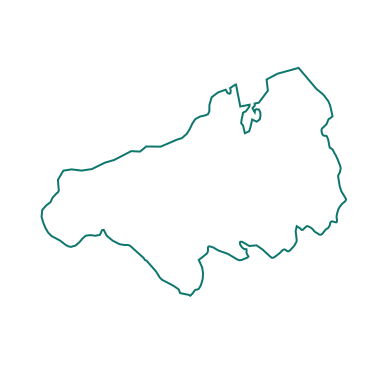 outline of Guantánamo, rotated 169°
{"feature_id": "CUB-1365", "entity_name": "Guantánamo", "entity_type": "Province", "adm_level": 1, "iso_a3": "CUB", "parent_name": "Cuba", "parent_adm1": "", "projection": "equal_earth", "projection_center": [-75.006, 20.219], "detail": "fine", "context": "isolated", "style": "outline", "palette": "teal", "viewbox_px": 384, "rotation_deg": 169, "n_neighbors": 0, "source": "natural_earth", "source_scale": "10m", "svg_char_len": 3117}
<svg xmlns="http://www.w3.org/2000/svg" viewBox="0 0 384 384"><g transform="rotate(169 192 192)"><path d="M128.3,289.1L128.3,266.7L118.8,266.7L119.3,265.2L120.5,263.8L123.8,260.9L126.7,260.2L129.4,253.8L130.6,250.3L129.2,247.4L128.9,239.6L124.3,240.7L122.1,244.8L120.7,248.0L119.1,251.7L117.3,250.3L115.0,248.7L111.6,250.4L110.2,253.9L109.8,256.9L110.5,260.1L111.7,260.5L113.2,261.0L114.1,260.7L114.7,259.6L115.2,258.3L115.7,259.7L116.6,262.8L113.9,264.8L113.6,266.9L109.4,266.9L98.2,277.0L97.3,288.2L85.6,291.8L63.7,293.5L50.1,269.3L45.3,263.6L43.9,261.4L40.9,255.2L39.9,250.7L39.6,239.5L42.7,237.8L43.4,237.8L44.3,237.1L47.0,232.9L52.3,229.5L52.9,228.5L53.3,226.8L53.1,224.1L52.6,222.8L51.2,221.8L50.2,221.7L49.5,221.5L49.0,220.8L48.3,217.4L48.4,209.4L46.3,207.4L45.9,206.8L45.7,206.4L44.6,202.4L44.0,201.1L42.9,196.7L41.6,189.5L41.5,187.6L41.7,186.3L42.8,183.8L43.3,182.7L44.0,182.0L44.7,181.3L45.2,180.6L45.6,179.0L45.9,169.2L45.3,164.3L43.0,158.1L42.1,155.6L42.5,154.7L43.6,153.5L46.4,152.1L48.9,150.1L51.5,147.4L53.8,143.0L54.7,140.6L55.0,138.6L55.0,137.2L55.2,136.1L55.5,135.1L56.1,134.7L57.3,135.0L58.1,135.5L60.2,136.5L61.3,136.2L62.2,135.3L63.3,132.7L65.4,130.6L67.9,129.7L72.3,125.9L74.0,125.5L75.4,126.0L76.4,127.2L78.5,129.0L79.7,130.5L80.5,132.2L80.8,132.7L82.3,134.4L84.3,136.0L85.3,136.5L86.3,136.4L90.4,133.8L91.2,133.7L92.1,134.4L92.4,135.3L95.7,138.4L97.7,133.9L98.4,124.8L99.0,123.1L102.0,119.6L107.1,115.9L108.6,115.4L109.7,115.7L111.6,117.7L112.7,118.0L114.1,117.7L118.2,114.9L123.4,112.4L124.8,112.0L126.1,112.1L127.5,113.6L133.8,122.2L138.8,127.3L146.1,128.1L152.2,133.5L153.6,133.9L154.5,133.6L154.7,132.5L154.7,131.6L154.6,130.8L154.3,129.9L153.7,128.6L152.9,127.3L151.6,125.9L149.8,125.6L149.5,125.5L149.5,125.0L149.6,124.1L150.1,122.0L150.0,121.2L149.8,120.3L148.9,118.0L149.4,117.4L150.6,116.9L156.6,115.8L158.7,116.0L160.9,117.5L168.5,124.4L176.7,129.2L179.1,131.1L181.4,133.3L184.4,135.0L185.8,135.4L186.7,134.9L187.1,134.0L187.3,132.2L187.7,131.0L188.0,130.1L188.6,129.3L189.2,128.7L198.3,124.0L196.4,115.9L196.7,110.1L197.9,105.3L199.1,102.5L200.7,99.5L201.9,97.8L203.6,95.9L204.4,95.4L205.3,95.3L207.1,95.3L207.8,95.1L208.5,94.5L210.7,92.3L213.5,90.5L214.7,91.6L222.9,95.0L223.7,99.0L228.0,103.4L238.2,111.6L240.0,114.3L242.4,120.7L249.6,133.1L251.3,134.4L252.0,136.4L263.0,151.0L265.1,152.3L268.2,152.8L273.1,154.6L279.1,159.3L284.1,165.4L285.9,171.7L287.6,171.7L290.6,167.5L295.2,167.5L300.1,169.1L304.5,169.4L308.2,167.3L312.1,164.2L316.4,161.7L321.2,161.2L324.0,162.4L326.2,164.3L330.7,169.4L338.3,175.6L341.1,179.9L342.8,185.0L343.9,190.6L344.4,196.4L342.4,203.0L337.7,206.6L332.9,209.0L329.8,213.2L325.2,216.5L323.7,217.2L322.5,218.8L321.3,229.5L314.2,237.5L305.9,237.2L296.4,234.1L286.0,233.6L271.9,237.4L262.3,238.3L243.9,243.7L235.3,241.6L228.2,245.4L214.1,242.5L197.2,246.2L191.7,246.8L186.0,250.1L182.2,254.2L178.7,259.0L174.9,262.9L169.9,264.5L164.6,264.7L161.5,265.3L159.6,267.8L158.3,274.1L154.6,281.3L147.4,284.8L139.4,286.0L138.2,282.4L136.5,281.3L135.4,281.7L134.7,283.9L134.7,286.8L129.0,289.1L128.3,289.1Z" fill="none" stroke="#0f766e" stroke-width="2"/></g></svg>